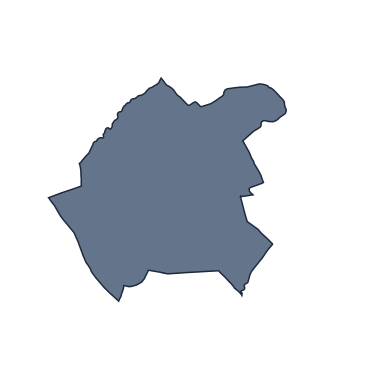 Babati UrbanBabati Urban, Manyara, United Republic of Tanzania, rotated 226°
{"feature_id": "72390352B90089128995390", "entity_name": "Babati UrbanBabati Urban", "entity_type": "district", "adm_level": 2, "iso_a3": "TZA", "parent_name": "United Republic of Tanzania", "parent_adm1": "Manyara", "projection": "albers", "projection_center": [35.755, -4.214], "detail": "fine", "context": "isolated", "style": "filled", "palette": "slate", "viewbox_px": 384, "rotation_deg": 226, "n_neighbors": 0, "source": "geoboundaries", "source_scale": "gbopen_adm2", "svg_char_len": 4533}
<svg xmlns="http://www.w3.org/2000/svg" viewBox="0 0 384 384"><g transform="rotate(226 192 192)"><path d="M183.7,62.4L181.3,62.6L176.6,62.6L173.4,62.9L168.6,63.2L164.4,63.4L165.4,65.6L166.1,68.0L167.4,70.1L169.1,73.5L170.3,75.8L171.6,77.4L172.0,77.9L170.1,79.4L168.0,80.6L166.3,82.6L163.8,87.1L162.7,90.9L162.2,93.2L162.7,97.4L165.3,104.5L166.0,106.3L165.9,106.4L156.9,113.0L156.4,113.4L154.9,114.3L155.0,114.3L150.8,117.1L150.3,117.5L149.2,118.6L136.4,133.8L135.4,135.0L135.4,134.9L131.9,139.0L131.4,139.5L129.9,141.3L125.8,146.1L116.8,156.5L114.6,156.3L110.8,156.5L107.8,156.6L103.1,156.5L101.5,156.4L99.8,156.5L98.6,156.5L95.4,156.2L93.3,155.8L88.4,156.4L84.7,156.4L83.8,156.2L83.7,156.2L83.0,156.0L83.3,156.4L84.3,157.7L85.1,157.9L85.9,157.8L86.4,157.8L86.7,158.3L86.6,159.0L86.1,160.0L85.7,161.0L85.7,162.2L86.3,163.3L87.1,163.8L88.2,164.3L88.7,165.3L88.8,166.5L88.4,167.7L88.2,168.6L88.3,169.6L92.0,175.8L93.4,179.2L93.8,181.6L94.6,187.4L95.7,196.6L97.7,206.1L98.2,211.5L98.4,213.7L98.5,213.9L98.4,213.9L107.6,213.7L113.3,213.3L116.1,213.3L119.3,213.6L122.7,212.9L123.9,212.7L132.3,211.2L137.1,213.6L139.2,214.8L139.3,214.8L144.7,217.8L144.8,217.9L154.1,223.1L155.0,223.3L155.1,224.2L154.9,224.1L154.6,224.0L147.6,233.9L151.0,233.7L152.9,234.0L154.7,235.4L154.8,236.1L154.6,237.2L153.9,238.9L152.0,243.0L149.8,248.0L149.2,250.0L152.5,251.4L155.7,253.0L160.6,254.5L169.1,256.4L171.4,257.7L171.5,257.7L174.6,258.3L180.7,260.7L193.2,264.0L193.5,264.0L193.3,269.2L193.3,269.5L192.9,277.9L192.9,278.5L192.9,278.8L192.5,280.4L191.6,284.1L191.5,284.7L191.3,286.7L191.8,287.8L192.0,288.0L193.0,288.9L193.4,289.2L193.5,289.3L194.0,290.9L194.0,292.0L193.2,293.6L191.6,294.7L189.2,296.3L187.7,297.8L187.4,298.0L186.1,299.3L185.6,300.6L185.0,302.0L184.9,302.5L184.6,304.2L184.7,306.8L184.5,308.6L183.7,312.8L183.9,314.3L184.9,316.1L186.0,317.1L188.3,317.9L189.3,318.4L190.9,319.5L192.9,321.1L194.9,321.5L200.0,321.5L205.7,321.6L209.2,321.6L212.1,321.0L212.4,320.8L212.5,320.8L213.2,320.4L213.7,319.8L214.5,320.1L215.9,320.2L217.6,319.4L218.0,319.2L219.4,318.4L221.7,316.7L223.5,314.8L224.6,312.7L224.9,312.2L225.0,312.0L229.3,304.5L234.1,299.3L235.4,297.6L235.5,297.4L235.8,297.1L236.8,295.8L241.5,289.4L242.0,288.2L242.4,287.1L242.2,286.2L242.0,285.5L241.7,284.6L241.2,283.8L240.6,283.1L240.0,282.0L240.0,279.9L240.6,277.0L241.1,273.2L242.3,267.3L243.7,264.3L246.4,259.0L246.9,257.9L247.8,257.5L252.6,257.5L254.2,257.2L254.8,256.5L254.9,256.3L255.0,256.2L255.1,255.9L255.3,255.2L255.2,255.2L256.1,251.0L256.4,250.0L257.0,249.7L257.6,249.3L268.6,249.4L269.8,249.0L270.4,249.0L271.4,248.8L273.1,248.8L274.7,249.1L278.5,249.7L279.3,249.6L280.9,249.5L282.7,249.2L284.5,248.7L286.0,248.1L287.7,248.0L291.8,248.6L295.4,248.9L295.2,248.4L294.9,247.2L294.2,245.5L293.7,243.9L293.8,242.2L294.1,240.2L294.9,237.0L295.1,235.8L296.0,234.0L296.3,232.9L296.2,231.8L296.2,229.2L295.8,227.4L296.0,225.7L296.4,224.2L296.6,222.9L297.3,222.1L298.4,220.5L298.6,216.5L299.1,215.8L299.7,214.7L300.4,213.6L300.7,212.6L300.6,211.8L300.3,211.0L299.9,210.1L299.9,209.2L300.1,208.6L300.2,208.4L300.3,208.1L300.8,207.7L301.0,207.0L301.0,206.2L301.0,205.4L300.8,204.8L300.8,203.8L300.8,203.7L301.0,202.6L300.7,201.5L300.3,200.5L300.0,199.5L299.5,198.6L299.0,198.0L299.0,197.5L299.2,196.5L299.9,195.7L300.3,194.6L300.3,193.6L299.6,192.2L297.8,191.2L296.9,190.1L296.7,189.0L296.7,187.9L296.9,186.9L297.2,186.0L296.8,184.0L296.5,182.3L295.8,181.3L295.3,180.9L294.7,180.2L294.2,179.4L294.0,178.5L293.9,177.8L293.9,177.0L294.9,176.6L296.1,176.5L296.6,175.9L297.2,175.3L297.3,174.1L297.0,173.3L296.4,171.9L295.8,170.8L295.2,170.1L295.2,169.2L295.1,168.4L294.6,167.6L293.6,167.1L292.8,166.5L292.7,165.8L292.9,165.2L294.2,164.4L295.0,163.2L295.5,161.8L295.6,160.6L295.4,160.0L295.0,159.4L294.9,158.4L295.8,157.2L295.8,156.0L295.8,155.6L295.5,154.4L295.1,154.0L294.3,151.9L292.9,148.1L291.6,144.9L291.6,144.5L291.6,144.2L291.5,141.2L291.5,140.4L291.5,140.1L291.3,138.2L291.0,135.2L290.5,132.1L290.9,130.9L286.6,128.5L286.5,128.3L283.6,126.1L281.0,123.6L280.9,123.5L278.3,121.4L276.2,119.3L274.6,117.8L273.2,116.5L273.3,116.4L275.2,111.9L276.1,110.0L280.9,99.9L282.0,97.6L287.5,84.9L287.3,84.9L284.7,84.4L279.3,83.7L277.6,83.7L276.4,83.3L275.4,83.0L270.9,81.9L266.5,80.8L265.0,80.6L261.2,80.1L256.1,79.8L247.3,79.1L244.6,78.9L243.9,78.6L242.2,78.0L235.0,75.3L226.4,71.5L221.8,69.4L218.3,68.1L218.2,68.1L214.7,66.8L211.6,66.4L207.7,65.6L205.9,64.9L204.8,64.4L202.8,64.0L196.6,63.2L194.4,63.1L186.1,62.6L183.7,62.4Z" fill="#64748b" stroke="#1e293b" stroke-width="1.5"/></g></svg>